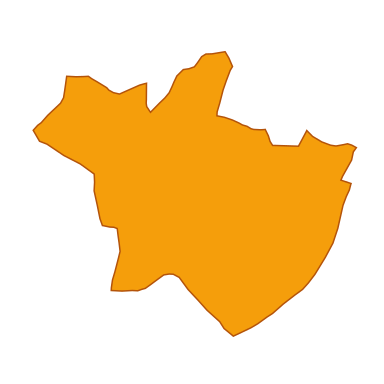 outline of Derbendikhan, As-Sulaymaniyah, Iraq, rotated 93°
{"feature_id": "34846034B22464020679662", "entity_name": "Derbendikhan", "entity_type": "district", "adm_level": 2, "iso_a3": "IRQ", "parent_name": "Iraq", "parent_adm1": "As-Sulaymaniyah", "projection": "mercator", "projection_center": [45.71, 35.186], "detail": "fine", "context": "isolated", "style": "filled", "palette": "amber", "viewbox_px": 384, "rotation_deg": 93, "n_neighbors": 0, "source": "geoboundaries", "source_scale": "gbopen_adm2", "svg_char_len": 2087}
<svg xmlns="http://www.w3.org/2000/svg" viewBox="0 0 384 384"><g transform="rotate(93 192 192)"><path d="M92.4,282.5L91.6,283.9L86.9,292.6L84.1,298.1L81.9,301.5L82.4,306.2L83.0,313.7L83.0,323.2L91.3,323.9L98.0,324.5L104.6,325.2L110.2,327.9L123.0,340.1L130.7,346.2L133.5,349.6L138.7,353.8L149.3,346.9L151.8,339.3L162.3,321.8L169.8,305.1L179.2,290.6L187.3,289.8L196.0,289.8L197.1,289.5L210.2,285.9L223.5,282.5L229.7,279.9L230.2,279.7L230.2,279.3L231.3,272.3L231.3,268.2L232.2,265.4L232.4,264.8L232.7,264.7L239.6,263.5L246.8,262.1L255.1,260.7L262.4,262.1L275.7,264.8L284.0,266.8L291.8,267.5L294.0,267.5L294.6,267.5L294.6,266.8L294.6,262.1L294.6,256.7L293.5,246.5L293.5,241.0L291.8,237.0L290.7,233.6L286.3,228.1L282.4,223.4L276.3,215.9L275.1,210.5L275.1,206.4L277.8,200.6L277.9,200.3L278.3,200.0L289.6,190.8L300.1,179.9L309.0,171.1L309.6,170.4L319.6,158.1L320.1,157.5L326.7,152.8L326.8,152.7L327.2,152.1L333.4,143.7L333.8,143.2L324.6,126.2L320.1,119.4L312.9,110.5L309.0,105.1L299.0,94.9L289.6,84.0L283.5,76.5L276.8,71.1L267.9,65.0L250.2,55.4L235.7,48.6L220.7,44.5L197.4,40.5L188.5,37.7L181.8,35.0L175.9,33.8L175.2,33.6L172.4,43.9L168.5,42.5L151.8,34.3L143.5,33.0L139.1,30.2L136.8,35.0L136.0,38.0L135.7,39.1L136.0,40.2L136.8,43.2L138.4,50.0L138.5,50.7L138.4,52.1L138.0,56.1L135.2,65.0L130.2,74.5L126.0,79.1L124.6,80.6L126.0,81.2L136.3,86.0L140.7,88.1L141.2,111.8L141.3,113.9L141.2,114.0L137.4,116.7L131.9,118.7L126.0,122.0L125.7,122.1L126.0,124.1L126.3,126.9L126.3,129.0L126.3,131.5L126.3,133.7L125.7,136.4L123.5,140.5L122.4,145.2L120.7,148.6L118.0,155.4L115.7,163.6L114.6,171.1L110.7,171.1L101.9,169.0L88.5,166.3L79.1,163.6L68.5,160.2L64.6,158.1L56.3,162.2L50.6,166.0L50.2,166.3L50.6,168.2L53.0,179.2L53.5,185.3L56.3,189.4L63.0,193.5L66.9,196.2L69.1,201.6L70.2,207.1L76.9,213.2L83.5,215.9L87.4,217.3L94.1,220.0L99.6,224.1L104.6,228.8L113.3,236.5L114.6,237.6L113.3,238.6L109.1,241.7L105.7,242.4L102.4,242.4L86.4,243.1L85.8,243.1L86.4,245.2L88.0,249.9L95.2,264.1L97.7,269.0L98.0,269.6L97.7,271.1L96.9,275.7L94.6,280.4L92.4,282.5Z" fill="#f59e0b" stroke="#b45309" stroke-width="1.5"/></g></svg>